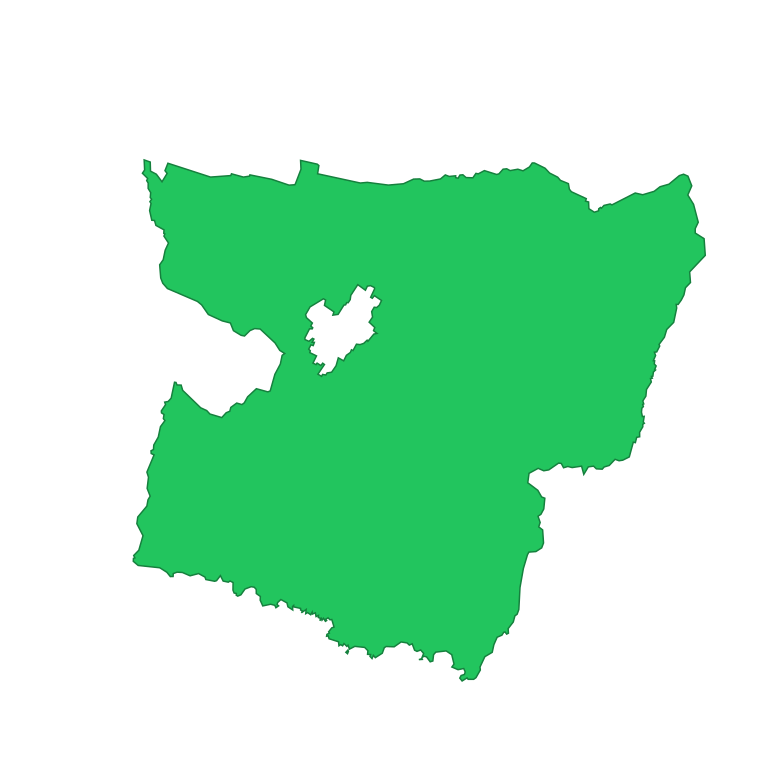 Blitar, Jawa Timur, Indonesia, rotated 13°
{"feature_id": "22746128B45235083091424", "entity_name": "Blitar", "entity_type": "district", "adm_level": 2, "iso_a3": "IDN", "parent_name": "Indonesia", "parent_adm1": "Jawa Timur", "projection": "robinson", "projection_center": [112.215, -8.132], "detail": "fine", "context": "isolated", "style": "filled", "palette": "green", "viewbox_px": 768, "rotation_deg": 13, "n_neighbors": 0, "source": "geoboundaries", "source_scale": "gbopen_adm2", "svg_char_len": 6172}
<svg xmlns="http://www.w3.org/2000/svg" viewBox="0 0 768 768"><g transform="rotate(13 384 384)"><path d="M537.8,651.6L539.7,649.4L542.2,641.0L541.2,638.2L543.6,627.0L549.8,621.1L549.7,613.3L551.2,605.3L555.4,602.2L556.5,599.0L557.7,598.4L559.8,600.1L561.3,598.8L560.0,594.4L563.5,586.8L563.7,580.5L565.5,578.4L566.1,573.4L562.3,551.8L561.3,532.4L562.2,518.1L563.0,515.2L569.7,513.1L574.5,508.2L575.2,503.0L571.4,490.5L566.9,488.4L567.3,483.8L563.8,478.2L566.2,475.7L567.8,469.8L566.4,459.1L563.0,458.6L557.8,453.0L546.3,447.9L545.4,438.4L553.2,431.5L559.2,432.6L563.9,430.6L571.9,421.8L574.6,421.5L577.8,425.2L581.7,423.0L586.1,423.1L595.0,419.6L599.0,427.1L601.7,418.8L606.7,416.9L610.0,418.9L615.8,417.9L617.2,415.3L621.8,412.7L626.1,405.4L630.3,405.9L633.8,404.5L639.4,399.9L640.0,384.6L642.1,384.6L642.2,379.1L645.0,377.9L643.9,373.5L645.8,367.5L645.2,365.0L646.5,363.7L645.2,362.7L644.8,357.0L643.1,357.6L641.2,353.5L640.7,349.5L641.8,347.7L640.6,345.7L641.6,345.0L640.0,342.3L641.9,336.9L641.0,330.3L644.0,321.9L642.4,318.7L644.1,318.0L642.9,316.4L644.2,315.9L643.8,311.7L645.4,309.3L644.5,309.1L645.1,305.2L642.8,303.6L642.5,300.5L641.2,300.7L642.2,295.1L640.3,292.2L642.5,291.4L644.1,285.0L643.1,283.6L646.7,275.4L647.2,267.3L652.4,258.8L652.1,244.1L650.8,240.7L652.7,240.3L654.8,235.3L656.2,229.7L656.1,222.4L659.8,216.2L656.6,206.0L668.1,186.4L663.2,170.4L653.3,166.9L652.3,162.6L653.8,155.7L645.2,139.3L637.5,131.5L639.3,121.7L633.4,113.1L628.7,112.2L624.9,114.5L616.7,125.2L608.6,129.7L603.9,135.5L593.5,141.4L585.8,141.4L565.8,158.2L563.9,157.7L558.2,160.5L556.3,163.8L555.2,163.3L553.8,165.0L554.1,167.0L550.3,169.3L544.2,167.1L542.4,160.6L539.2,160.5L539.4,157.9L523.3,154.5L520.8,152.5L518.6,147.3L510.1,145.9L506.7,143.4L497.9,141.2L492.4,137.5L480.9,134.8L478.7,135.3L476.9,139.8L471.5,145.0L466.1,144.6L458.9,147.7L455.2,146.7L451.7,147.9L448.7,153.4L446.6,154.5L433.8,153.5L428.6,158.0L426.2,158.1L424.2,163.1L417.5,164.4L413.8,162.4L411.0,163.3L409.9,166.8L407.4,166.8L407.0,165.0L400.8,167.1L396.7,166.5L392.9,171.5L382.8,176.0L377.6,177.3L372.8,176.1L366.7,177.7L357.9,184.5L343.5,189.2L322.3,191.3L315.7,193.5L272.0,194.1L271.4,185.8L269.5,184.8L252.4,184.9L254.8,193.4L252.7,208.5L252.3,209.9L246.7,211.6L228.6,209.8L206.3,210.4L206.2,211.7L200.5,214.0L188.1,213.5L187.8,215.4L168.4,221.4L123.8,217.5L122.6,225.4L125.3,227.6L122.2,236.9L115.0,230.8L108.6,229.1L106.3,220.3L99.9,219.6L102.6,229.3L101.2,233.0L107.5,236.9L107.0,239.2L109.0,241.2L110.2,246.5L113.6,250.0L114.3,254.9L116.0,256.2L114.9,259.0L116.4,260.5L116.6,267.7L120.9,276.7L123.6,276.3L126.1,280.8L135.0,283.3L135.5,286.7L136.7,287.1L136.3,289.4L142.3,295.1L140.7,302.8L140.9,312.6L138.6,318.3L142.6,330.9L145.8,335.6L151.5,339.7L183.6,345.5L188.5,347.9L197.2,355.8L212.2,358.9L220.6,359.1L225.3,365.9L233.8,368.7L237.3,368.6L241.4,362.1L245.5,359.1L251.0,358.3L268.6,368.5L274.9,374.7L280.4,376.6L278.3,379.0L278.5,387.9L275.5,399.1L274.7,416.3L272.6,417.8L260.7,417.3L254.0,427.2L252.1,433.8L250.2,436.0L244.8,435.7L240.0,441.3L239.9,445.2L236.7,447.5L233.5,453.2L221.1,452.4L217.3,449.8L210.7,448.4L189.3,435.5L186.6,430.7L182.5,431.5L181.0,429.3L179.5,429.4L179.8,445.7L177.6,449.6L174.4,451.0L175.8,453.3L173.1,460.3L173.7,462.2L176.5,463.2L176.8,467.4L178.8,468.9L175.8,475.8L176.0,486.5L173.4,495.2L174.1,499.7L172.0,501.5L172.8,504.1L175.9,504.8L172.8,523.2L175.5,527.8L176.7,539.0L181.4,545.9L180.1,549.9L180.4,556.3L174.0,569.0L174.6,575.7L183.3,586.0L182.5,601.1L178.7,607.4L180.4,609.5L179.1,610.3L179.6,613.2L185.3,616.1L206.8,613.5L214.8,616.3L219.1,619.7L221.8,619.0L221.3,616.1L224.7,613.9L229.9,613.0L238.2,614.5L246.0,610.4L253.0,612.4L254.4,614.6L263.4,614.3L265.1,613.3L267.7,607.5L271.6,612.2L276.9,612.1L278.3,610.6L281.6,611.4L283.2,618.8L285.0,621.4L287.3,621.3L287.5,623.0L289.2,623.6L292.0,621.6L294.7,615.0L300.1,611.4L303.3,611.2L305.7,612.9L306.7,616.9L311.3,618.8L312.0,622.5L315.8,627.5L323.1,624.1L327.4,624.2L329.0,626.3L331.2,623.9L329.4,622.9L329.5,620.9L332.0,617.2L338.7,619.1L340.5,622.7L345.9,624.7L344.9,621.4L345.8,620.1L346.2,621.5L353.2,621.4L353.6,623.0L355.7,623.5L355.0,625.5L358.9,621.2L359.4,625.4L361.0,623.9L364.5,625.3L365.3,622.4L366.1,624.2L368.6,622.4L370.1,625.9L372.2,624.2L372.5,626.3L374.8,626.6L374.8,629.1L375.6,626.5L376.7,628.1L377.7,625.9L380.3,628.4L381.3,627.4L380.0,626.4L382.1,624.4L384.5,625.9L386.1,625.2L390.0,632.1L388.0,633.3L385.8,637.9L386.8,639.0L384.7,640.8L384.8,642.7L386.3,642.0L387.8,644.6L397.7,645.4L399.0,649.2L400.4,647.7L402.6,648.4L403.4,645.9L406.8,648.0L407.7,646.6L410.0,650.1L414.6,646.2L424.4,645.0L428.3,647.5L428.8,651.1L431.8,650.6L431.6,652.5L434.1,654.2L434.7,650.8L437.1,652.6L442.9,646.7L443.6,640.9L445.1,639.3L453.0,637.8L458.7,631.5L464.7,631.1L467.4,632.7L469.9,630.8L473.7,636.5L476.3,637.1L479.6,634.9L483.2,637.6L482.6,641.9L484.2,640.3L486.8,640.3L491.5,644.3L493.9,642.9L493.2,636.6L494.8,633.6L504.6,630.1L510.9,632.5L515.2,641.1L513.8,644.5L520.4,645.7L525.7,643.3L527.9,646.3L527.7,648.9L524.7,650.7L524.0,653.5L526.9,655.8L531.0,651.7L532.4,652.8L537.8,651.6ZM348.8,291.2L353.0,292.2L353.4,293.5L351.5,302.5L353.3,303.1L354.8,300.1L362.8,303.2L361.7,308.3L359.7,311.1L357.2,311.4L355.7,316.2L357.8,321.4L355.6,327.1L362.3,331.0L361.8,334.4L365.8,336.3L362.9,337.6L358.7,346.0L357.7,345.1L355.1,349.0L351.8,351.0L348.2,351.4L346.3,358.4L344.6,358.0L344.1,360.9L340.9,364.5L339.5,370.5L333.6,368.8L333.2,377.0L330.3,384.3L326.1,386.0L325.3,388.3L322.0,388.5L321.5,390.6L317.4,389.3L321.6,378.4L319.6,377.5L318.3,380.2L314.1,378.7L313.4,380.4L310.1,379.6L311.9,371.8L304.6,370.1L304.7,368.2L302.8,367.0L304.0,362.3L306.4,362.5L306.8,359.1L304.6,359.5L305.6,356.0L304.1,355.6L301.3,359.3L297.1,358.5L296.5,356.9L299.0,347.0L301.7,346.4L301.9,345.2L299.6,344.0L300.5,340.7L293.5,336.8L292.0,334.0L294.6,325.5L305.8,314.6L308.2,315.3L308.3,320.8L319.0,325.0L318.7,328.4L323.6,326.5L327.2,316.1L328.8,315.5L329.3,313.1L330.8,312.9L332.1,309.4L331.7,305.1L336.1,293.1L344.8,296.8L345.8,292.4L348.8,291.2ZM480.0,644.7L483.3,643.7L482.8,643.0L480.0,644.7ZM409.1,655.0L409.5,652.5L408.7,651.4L407.2,654.0L409.1,655.0Z" fill="#22c55e" stroke="#15803d" stroke-width="1.5"/></g></svg>